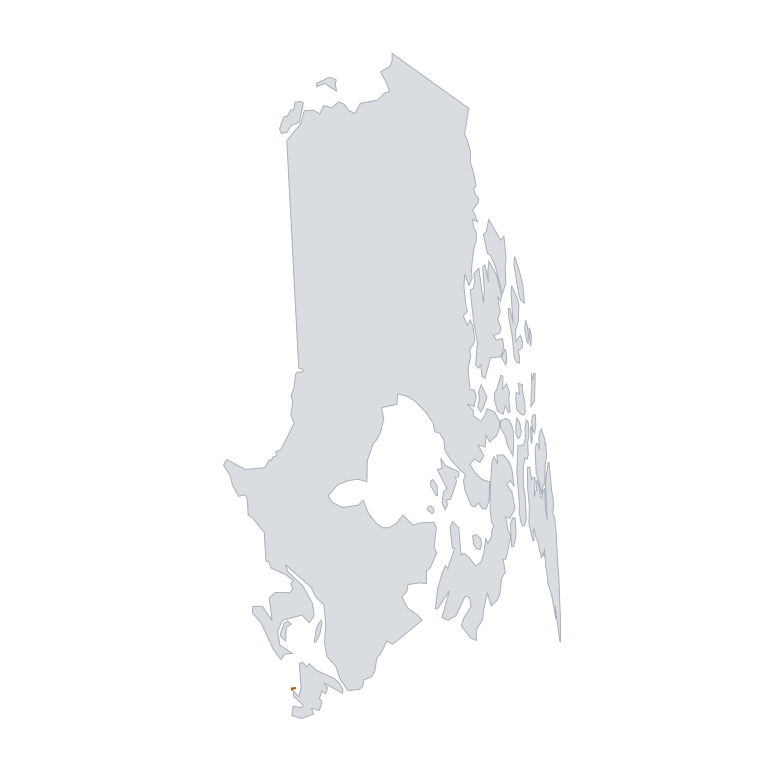 Saint Pierre and Miquelon highlighted among its neighbors, rotated 87°
{"feature_id": "SPM", "entity_name": "Saint Pierre and Miquelon", "entity_type": "country or territory", "adm_level": 0, "iso_a3": "SPM", "parent_name": "North America", "parent_adm1": "", "projection": "equal_earth", "projection_center": [-56.267, 46.926], "detail": "fine", "context": "with_neighbors", "style": "filled", "palette": "amber", "viewbox_px": 768, "rotation_deg": 87, "n_neighbors": 1, "source": "natural_earth", "source_scale": "50m", "svg_char_len": 8378}
<svg xmlns="http://www.w3.org/2000/svg" viewBox="0 0 768 768"><g transform="rotate(87 384 384)"><path d="M136.1,468.3L119.7,453.5L107.0,449.3L106.7,440.2L110.9,434.0L102.8,429.7L105.5,421.7L99.7,414.6L102.2,409.6L109.1,404.9L112.2,398.9L102.5,392.8L100.2,375.6L93.2,367.8L92.2,363.2L82.8,366.1L72.2,371.1L66.9,361.3L61.4,358.9L54.2,358.6L113.3,284.9L138.8,290.5L147.1,287.6L157.1,285.4L166.4,286.3L178.9,283.3L191.2,281.6L193.6,284.4L199.8,282.8L203.7,279.7L207.8,280.4L214.7,286.4L227.0,281.8L224.2,287.0L233.3,285.9L237.2,283.9L245.1,284.3L253.4,287.1L267.6,289.7L276.2,290.9L283.2,290.4L290.2,294.0L278.5,297.5L290.0,299.1L309.0,298.2L315.6,297.0L320.5,301.3L330.0,297.6L324.6,294.6L330.3,292.2L344.6,291.1L349.2,292.8L354.1,296.7L362.1,296.1L372.7,299.4L393.8,298.4L394.9,293.9L401.5,292.7L411.1,295.1L408.3,302.0L415.0,296.2L420.4,296.4L426.3,289.3L420.8,285.0L414.1,282.3L417.7,275.1L427.5,270.5L435.8,271.5L441.3,274.3L447.5,281.6L440.3,284.9L452.3,286.3L449.8,293.4L460.8,288.0L467.4,292.4L463.6,297.7L468.7,302.7L477.5,297.4L484.4,291.3L487.1,283.7L506.1,285.2L514.3,288.6L513.8,292.1L507.7,295.9L511.6,299.8L509.8,303.3L494.8,308.6L484.8,309.7L478.3,307.5L475.1,311.3L463.3,321.2L453.5,326.6L443.1,327.2L436.3,330.6L434.2,335.9L425.4,337.0L414.3,343.8L403.2,353.4L398.1,360.3L394.4,370.7L405.0,372.2L407.5,387.8L418.7,386.0L431.9,390.0L438.7,393.6L443.2,398.1L459.6,404.7L480.7,406.2L477.8,414.6L478.5,424.5L482.3,435.7L492.7,445.4L499.4,442.1L505.3,431.7L503.6,416.0L499.0,410.9L512.2,406.3L522.1,399.6L527.4,393.0L527.8,386.7L523.9,378.9L515.9,372.0L526.4,362.6L524.6,354.7L524.7,341.3L530.1,339.3L549.5,342.5L555.9,340.2L570.6,348.0L572.4,351.4L585.4,352.0L584.4,359.4L585.6,370.6L592.4,372.0L597.3,377.4L608.7,372.3L616.7,362.4L621.9,358.3L644.3,388.9L641.0,394.8L651.1,400.2L657.9,405.7L670.3,408.2L675.3,411.3L678.4,419.6L684.5,420.9L687.7,424.6L688.3,435.9L676.7,443.2L663.4,446.9L653.0,455.3L639.2,457.0L621.8,454.8L601.1,455.5L593.8,462.9L583.0,467.6L559.6,491.5L566.8,489.7L581.3,475.7L599.2,466.9L611.5,465.8L618.5,471.0L610.4,478.1L614.7,497.8L625.4,503.2L639.4,501.6L648.2,489.5L648.5,497.3L653.9,501.2L643.3,508.4L615.7,519.4L605.8,527.4L599.3,526.6L599.5,517.2L614.6,508.1L591.6,509.8L586.5,503.6L587.5,488.8L584.0,485.8L578.2,487.6L575.7,484.8L568.7,492.9L562.1,506.3L555.6,508.5L554.5,511.2L526.0,511.3L511.0,522.2L507.7,526.5L491.5,526.5L487.4,528.3L488.6,535.1L476.6,540.7L467.5,542.4L456.7,548.5L451.0,545.1L462.1,527.1L461.4,507.5L453.4,502.4L454.7,500.4L451.4,499.1L450.0,494.8L446.0,495.6L446.6,494.5L444.9,493.5L444.5,490.6L418.1,475.6L410.1,478.7L397.8,476.0L390.8,477.4L383.5,474.1L369.8,471.8L367.7,470.0L367.6,464.2L364.8,464.3L363.8,468.3L136.1,468.3ZM482.1,340.2L488.5,336.3L498.4,336.4L497.9,338.0L488.3,342.6L483.2,342.4L482.1,340.2ZM530.4,265.1L524.1,262.0L525.0,259.9L542.8,260.1L553.2,263.3L553.4,265.0L530.4,265.1ZM508.2,343.3L511.5,340.7L514.5,340.9L516.0,342.6L512.2,347.1L509.1,346.4L508.2,343.3ZM445.5,252.8L441.1,254.9L432.0,254.5L424.9,253.0L429.4,250.7L439.1,249.3L443.9,251.1L445.5,252.8ZM449.6,240.1L435.2,240.0L434.1,238.7L446.6,238.8L450.6,239.6L449.6,240.1ZM434.1,234.7L440.8,236.2L438.3,237.7L428.7,238.6L424.2,237.6L422.4,236.0L422.8,234.3L434.1,234.7ZM479.1,256.0L452.7,253.5L452.1,248.0L446.7,245.9L434.0,245.3L427.4,243.7L430.7,241.8L443.4,242.1L449.7,243.6L462.1,243.6L466.8,245.2L464.6,247.1L475.0,249.4L492.5,250.1L503.0,249.0L526.2,248.9L532.4,250.9L533.3,253.1L528.9,254.5L519.0,255.7L511.0,255.0L479.1,256.0ZM342.9,237.3L351.2,238.0L348.3,239.3L335.8,240.6L327.6,239.2L333.6,237.8L342.9,237.3ZM343.5,234.3L354.1,235.4L346.0,236.2L335.8,236.2L336.3,235.6L343.5,234.3ZM690.6,441.5L679.3,459.8L684.7,456.3L690.2,458.5L687.3,462.1L694.6,465.0L698.3,462.5L706.6,465.7L704.1,473.4L709.9,471.6L713.8,483.8L710.4,493.3L701.1,491.6L702.8,482.9L700.5,481.5L690.9,490.8L685.9,490.4L691.8,485.4L683.8,482.8L658.7,483.1L657.5,479.9L662.7,476.2L659.2,473.3L666.2,467.0L674.8,450.4L679.9,444.6L686.8,441.1L690.6,441.5ZM484.9,316.5L503.0,323.8L502.8,327.6L508.2,327.0L512.7,329.6L505.7,332.2L495.0,330.3L491.9,326.6L472.3,335.2L471.1,330.4L461.2,331.2L468.5,327.1L475.7,313.7L480.6,314.3L480.9,317.7L484.9,316.5ZM536.3,267.8L543.1,265.4L565.3,271.4L565.6,274.2L578.2,272.8L584.4,276.8L600.1,279.4L605.6,282.1L611.2,288.5L598.4,291.7L613.9,296.3L624.6,297.9L634.0,304.7L644.9,305.2L642.4,310.5L629.5,319.5L621.1,316.1L610.7,308.7L601.6,309.7L600.2,314.1L619.2,324.4L623.2,332.4L620.2,338.3L593.9,329.5L610.4,341.6L611.3,344.6L591.9,341.2L576.9,336.3L568.7,332.3L571.6,330.0L551.8,322.0L551.5,324.3L530.6,325.6L525.2,322.8L531.1,317.0L559.0,315.9L557.2,313.1L560.3,309.3L570.5,302.0L566.9,296.3L557.0,292.9L543.7,290.5L548.5,288.7L542.2,284.5L536.4,284.1L531.6,281.8L527.6,283.8L515.1,284.6L491.1,283.1L467.0,280.2L462.3,277.9L470.3,274.9L460.9,274.9L461.1,268.5L468.2,263.2L475.7,260.8L492.9,259.3L486.9,263.0L490.8,266.7L498.4,261.9L515.5,259.6L524.9,265.6L522.9,269.6L536.3,267.8ZM437.7,257.4L451.1,257.6L462.8,259.0L451.1,264.1L442.9,265.3L433.9,269.8L426.6,269.6L424.8,264.3L426.2,261.4L430.7,258.9L437.7,257.4ZM263.5,246.9L277.0,243.2L292.2,240.2L310.7,239.6L307.3,243.1L301.3,244.8L271.2,248.0L263.5,246.9ZM81.1,417.0L89.1,416.2L80.7,427.4L83.5,435.5L80.3,435.5L75.0,423.2L75.9,418.9L78.1,415.7L81.1,417.0ZM381.6,232.5L409.1,234.6L414.2,238.4L404.3,237.9L394.9,236.5L381.2,236.3L387.9,235.1L381.1,234.1L381.6,232.5ZM128.5,473.5L123.7,474.9L112.2,470.1L111.3,466.4L105.6,462.7L105.5,459.8L97.9,457.9L97.4,452.3L99.2,449.9L118.1,454.8L121.2,463.3L127.5,467.6L128.5,473.5ZM265.2,255.6L273.5,256.8L289.7,257.1L300.1,261.1L272.1,266.8L261.0,271.1L259.0,273.9L239.4,277.0L237.9,274.1L225.2,270.8L246.4,260.0L242.8,256.5L265.2,255.6ZM357.6,248.2L363.7,247.4L370.2,247.6L369.8,250.1L364.5,252.6L342.4,253.5L324.8,255.8L314.9,255.9L315.3,254.2L330.1,251.8L300.9,252.4L292.7,251.5L304.9,246.5L311.8,245.1L328.4,246.7L337.6,249.8L348.5,250.2L342.5,245.3L349.4,243.5L355.5,244.1L357.6,248.2ZM357.0,263.5L362.9,265.9L363.5,276.4L383.6,282.7L381.5,285.7L370.1,286.3L373.2,288.9L369.7,291.5L347.2,288.5L325.1,291.3L294.8,293.0L293.0,289.7L284.9,287.8L278.4,288.6L273.6,283.2L308.2,280.5L296.3,278.9L272.3,279.3L270.4,276.9L287.5,274.3L277.2,274.4L266.8,272.8L281.7,265.7L301.6,262.1L307.5,263.2L302.4,266.0L318.1,264.2L325.3,267.2L334.5,264.2L339.3,266.1L341.2,272.2L345.9,269.6L344.8,263.4L351.1,262.5L357.0,263.5ZM395.4,265.7L390.2,261.8L399.3,259.0L406.4,260.2L418.2,259.5L419.2,261.2L411.8,264.0L420.5,266.6L416.8,272.1L404.9,274.6L398.8,274.0L395.3,271.6L381.4,266.9L382.5,264.9L395.4,265.7ZM358.2,260.4L367.0,260.2L371.2,261.5L363.4,265.4L355.5,261.2L358.2,260.4ZM418.7,243.9L422.4,246.2L421.3,248.8L416.5,252.7L405.7,253.2L399.3,252.3L401.0,249.3L390.4,249.7L392.1,245.8L398.8,245.9L409.2,244.3L417.9,244.5L418.7,243.9ZM437.1,229.2L446.9,226.5L453.2,226.3L450.9,225.5L465.1,225.4L472.0,227.2L491.6,228.6L495.5,231.1L502.4,232.4L493.5,233.6L480.9,236.7L457.2,236.5L451.4,234.8L452.1,233.3L457.5,232.2L446.3,232.2L440.1,230.9L437.1,229.2ZM470.9,223.3L499.2,222.2L508.4,221.1L515.8,221.2L522.0,222.1L527.1,220.5L545.9,219.8L567.3,220.0L584.7,219.5L626.5,220.1L650.2,221.2L649.9,221.9L614.9,224.6L628.0,224.6L603.4,227.6L592.5,230.6L579.8,231.2L575.7,232.0L557.0,232.4L565.3,232.9L560.9,233.7L565.5,235.7L559.3,237.2L549.4,238.4L546.0,240.2L536.9,241.6L537.5,242.6L548.2,242.5L548.1,243.6L530.5,246.6L514.4,245.2L495.7,246.0L474.7,245.1L474.9,242.8L486.8,241.7L485.0,238.4L488.9,238.1L504.8,240.1L497.4,237.2L487.7,236.4L493.3,234.7L504.6,233.7L506.8,232.3L498.7,230.8L496.8,228.9L518.1,229.4L528.1,228.1L493.2,227.9L482.9,226.7L478.4,225.4L471.8,224.4L470.9,223.3ZM553.0,300.9L548.1,303.0L540.2,303.4L539.3,299.8L543.0,295.8L549.5,294.8L554.5,296.8L553.0,300.9ZM413.8,286.4L416.8,289.0L411.6,291.4L403.3,289.3L397.5,290.1L389.6,287.0L402.5,281.9L413.8,286.4ZM616.3,459.2L619.1,458.3L629.8,460.9L638.0,465.3L638.1,467.2L623.6,464.1L616.3,459.2ZM619.0,489.2L621.7,494.4L635.5,495.6L631.2,500.0L628.0,500.7L617.6,496.1L615.6,492.5L619.0,489.2Z" fill="#d9dde1" stroke="#a8b0b8" stroke-width="1"/><path d="M683.7,491.3L682.9,491.8L682.7,491.5L682.7,491.2L683.1,490.5L683.1,490.3L682.7,488.8L682.7,488.6L682.8,488.5L683.5,488.8L683.6,489.2L683.3,490.1L683.5,490.6L683.8,491.1L683.7,491.3ZM684.6,492.1L683.9,492.1L684.1,491.7L684.3,491.6L684.6,491.6L684.7,491.9L684.6,492.1Z" fill="#f59e0b" stroke="#b45309" stroke-width="1.5"/></g></svg>